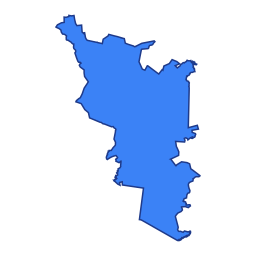 Grundzāles pag., Smiltenes, Latvia (Albers equal-area conic projection)
{"feature_id": "27541924B22887271928522", "entity_name": "Grundzāles pag.", "entity_type": "district", "adm_level": 2, "iso_a3": "LVA", "parent_name": "Latvia", "parent_adm1": "Smiltenes", "projection": "albers", "projection_center": [26.243, 57.466], "detail": "fine", "context": "isolated", "style": "filled", "palette": "blue", "viewbox_px": 256, "rotation_deg": 0, "n_neighbors": 0, "source": "geoboundaries", "source_scale": "gbopen_adm2", "svg_char_len": 5707}
<svg xmlns="http://www.w3.org/2000/svg" viewBox="0 0 256 256"><path d="M107.3,159.5L109.6,158.0L111.6,156.9L113.7,156.1L116.0,155.5L117.6,157.5L117.5,157.8L117.3,158.1L116.6,158.6L116.2,158.7L115.7,159.5L116.1,159.9L115.9,161.2L119.1,162.7L120.9,161.2L121.0,161.5L120.6,165.8L120.7,166.5L120.5,167.0L119.7,168.0L118.1,168.8L118.1,169.8L118.2,170.3L118.2,170.6L117.4,170.8L117.4,171.2L117.9,171.9L117.1,172.4L116.6,172.9L116.7,173.1L117.6,173.7L117.7,174.0L117.5,174.5L117.6,174.9L117.6,175.1L116.4,175.6L115.7,175.5L115.7,175.9L116.1,176.7L115.9,176.9L115.1,177.0L115.0,177.3L115.1,177.5L116.0,177.4L116.2,177.6L116.0,178.1L116.7,178.5L116.3,178.9L115.9,178.6L115.8,178.8L115.9,179.1L115.5,179.6L115.2,179.7L114.7,179.5L114.5,179.8L114.5,180.0L114.2,179.9L114.1,180.0L114.3,180.1L114.1,180.4L114.5,180.9L114.4,181.0L114.0,180.8L114.1,181.0L115.4,181.8L115.7,182.2L117.8,184.1L120.0,185.2L119.5,182.5L122.2,181.8L122.4,185.0L143.5,188.1L139.4,219.6L141.2,219.9L177.5,240.5L177.8,240.5L177.8,240.2L178.0,240.1L178.5,240.3L178.7,239.9L179.0,240.1L178.9,240.6L179.2,240.6L179.5,240.4L179.6,240.0L179.4,239.5L180.1,239.5L180.3,239.7L180.4,239.4L180.2,239.2L180.3,239.1L180.7,239.1L180.7,239.6L180.9,239.8L181.3,239.4L181.2,238.7L182.0,238.6L182.0,238.3L181.7,237.9L181.8,237.7L182.4,238.1L182.7,238.1L182.8,237.6L183.1,237.4L183.2,237.8L183.5,237.9L183.8,237.2L184.1,237.0L184.5,237.2L184.9,237.2L185.0,237.0L185.0,236.5L185.3,236.3L186.2,236.8L185.8,237.0L186.4,236.9L186.4,236.3L186.6,236.0L186.2,235.9L186.5,235.6L186.8,235.9L187.2,235.5L187.5,235.6L187.3,236.1L187.5,236.3L188.4,235.6L188.7,235.2L188.3,235.1L188.6,235.0L189.1,235.3L189.7,234.4L189.2,234.4L189.3,234.2L189.7,234.0L189.5,233.4L189.4,233.4L189.8,233.2L190.0,233.5L190.2,233.4L190.0,233.1L189.7,232.9L189.7,232.7L190.1,232.3L190.3,232.5L190.4,232.8L190.6,232.4L190.6,232.0L190.5,231.9L190.4,231.2L189.9,231.1L189.0,231.7L187.9,231.9L184.5,231.0L183.1,232.3L180.6,231.3L178.8,231.4L178.1,230.7L177.6,229.4L178.0,228.4L178.2,227.2L175.4,216.6L175.6,215.9L176.0,215.3L177.8,213.1L181.1,211.5L182.4,210.0L182.2,208.8L181.5,207.3L181.5,206.9L185.2,206.6L188.3,207.6L190.4,205.9L189.9,204.7L186.2,205.0L186.1,204.3L186.3,203.4L185.6,202.9L185.6,202.0L184.5,201.4L183.9,201.7L183.1,201.2L184.2,198.6L185.2,198.4L186.2,197.9L186.5,197.9L186.9,194.8L187.7,193.4L188.2,193.0L189.1,192.9L189.6,192.4L189.9,191.1L189.9,190.4L189.6,189.8L189.4,189.1L189.0,188.4L188.8,187.2L188.5,186.5L188.6,185.9L188.3,185.2L188.4,184.1L189.2,182.7L190.3,182.0L192.9,181.0L193.2,179.0L193.1,178.7L193.5,178.6L195.3,177.0L196.0,176.7L198.9,176.7L200.0,175.8L199.9,175.6L192.8,170.2L190.8,168.8L189.6,163.8L187.0,162.6L181.6,161.8L176.9,164.7L176.1,165.7L175.8,165.7L171.3,159.8L171.0,159.2L170.7,159.1L178.6,155.4L178.8,151.9L178.2,150.4L177.1,147.9L176.4,146.6L175.6,141.4L184.6,142.0L185.0,140.5L184.3,138.4L185.8,137.8L187.4,138.6L187.9,139.9L190.5,137.7L191.4,138.3L192.6,138.4L192.9,138.2L192.8,137.9L192.1,137.2L192.2,136.9L193.5,137.4L194.3,137.3L194.6,137.1L195.0,136.7L195.1,135.6L195.6,134.6L195.7,134.4L195.5,133.7L195.3,133.5L192.2,132.4L192.0,130.3L198.4,129.1L197.3,125.3L188.3,127.7L189.2,87.8L189.1,87.5L189.0,87.0L188.8,86.5L189.2,86.0L189.0,85.5L189.1,84.8L189.0,84.2L189.3,83.0L189.3,82.8L188.6,82.2L188.5,81.9L188.6,81.4L186.8,80.8L186.6,80.4L186.5,80.0L186.0,79.7L186.3,79.1L186.2,78.6L186.2,78.2L186.4,77.8L186.6,77.0L187.1,76.6L186.7,76.1L186.9,75.9L188.7,75.4L189.2,75.0L190.0,73.8L189.7,73.4L191.0,72.4L192.4,72.4L193.9,71.7L194.9,71.6L194.4,69.8L194.6,69.1L194.2,68.4L193.8,68.5L193.6,67.6L193.1,67.2L193.4,66.6L193.1,66.0L193.2,65.0L192.9,64.6L193.3,63.9L193.8,63.8L194.4,64.1L194.5,64.5L196.4,64.7L196.7,64.2L195.3,63.6L194.7,63.2L194.8,62.4L194.2,62.3L194.0,61.7L192.6,62.0L192.7,62.5L192.5,63.1L191.6,62.6L191.6,61.8L191.9,61.3L190.9,61.5L190.7,60.6L190.4,60.8L188.6,60.8L187.3,60.5L187.1,60.3L186.3,61.5L184.6,62.5L184.2,62.9L183.6,62.6L182.8,62.9L181.8,63.9L180.8,64.4L180.1,65.8L179.7,66.2L177.3,67.9L175.2,65.7L179.6,63.8L176.9,61.6L172.1,59.6L169.3,63.6L163.9,66.0L162.9,70.2L162.2,69.6L158.8,74.0L157.2,72.9L147.9,65.9L147.3,65.8L144.9,70.2L142.3,69.1L139.0,61.8L139.9,57.0L141.4,49.5L141.8,49.2L148.1,48.6L148.6,48.1L149.1,46.2L149.5,45.7L150.1,45.3L151.5,45.1L152.5,44.7L153.0,44.1L153.5,43.1L154.9,41.7L154.2,40.9L141.8,43.3L136.6,45.9L135.7,46.3L135.7,46.5L134.4,46.7L133.5,46.0L128.4,44.4L125.3,43.2L124.3,38.6L121.7,38.0L121.8,37.9L117.0,36.5L114.4,35.9L108.8,34.4L108.0,36.0L103.2,39.2L102.3,43.6L97.7,42.6L97.2,42.2L96.7,42.2L96.5,42.3L87.2,40.3L86.1,38.9L85.5,37.6L84.6,32.7L83.4,32.9L83.5,33.3L82.1,32.0L81.6,25.1L76.9,25.6L75.6,23.5L74.6,19.3L74.0,15.5L71.5,15.9L68.9,15.4L68.9,16.5L66.2,17.3L64.1,17.1L64.2,22.4L61.4,22.8L57.5,24.8L57.1,25.3L56.4,26.5L56.0,26.9L56.0,27.2L59.1,28.6L60.9,30.0L61.3,32.1L62.4,33.8L62.7,34.1L64.1,34.2L64.8,34.5L66.5,35.8L66.6,36.0L66.2,36.9L66.3,39.6L66.5,39.9L67.0,40.1L68.0,40.2L69.9,41.5L70.8,41.9L71.9,43.2L73.4,44.3L73.7,44.2L73.7,45.8L73.5,47.1L73.9,48.6L75.6,50.2L75.7,51.9L74.9,52.9L76.5,57.7L77.8,61.1L78.6,62.2L80.2,62.3L81.0,63.1L80.0,63.9L79.3,65.2L80.3,67.1L84.1,69.9L84.1,73.0L84.6,76.5L88.3,81.8L87.2,83.6L84.2,88.1L82.2,93.9L80.3,97.7L78.7,98.7L76.8,100.3L76.3,100.8L75.9,101.8L81.2,103.6L84.8,109.6L88.4,112.6L89.6,117.9L100.2,122.3L101.3,122.4L102.6,123.6L103.5,123.9L104.1,123.9L111.6,126.8L113.2,126.6L114.1,127.9L115.5,128.7L115.8,129.2L115.9,129.8L115.5,130.4L115.4,132.0L114.0,139.1L115.5,142.2L115.4,145.0L115.1,145.5L113.0,147.8L111.3,150.4L109.1,150.5L109.1,151.2L108.2,151.3L108.4,151.9L108.1,152.5L107.7,152.9L107.2,154.3L107.6,154.7L107.2,155.3L106.8,155.7L106.7,156.4L106.3,157.1L106.6,158.9L107.3,159.5Z" fill="#3b82f6" stroke="#1e3a8a" stroke-width="1.5"/></svg>